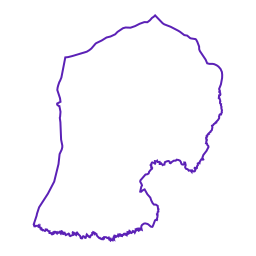 Suwannaphum, Roi Et, Thailand
{"feature_id": "78962969B41807577344670", "entity_name": "Suwannaphum", "entity_type": "district", "adm_level": 2, "iso_a3": "THA", "parent_name": "Thailand", "parent_adm1": "Roi Et", "projection": "robinson", "projection_center": [103.822, 15.606], "detail": "fine", "context": "isolated", "style": "outline", "palette": "violet", "viewbox_px": 256, "rotation_deg": 0, "n_neighbors": 0, "source": "geoboundaries", "source_scale": "gbopen_adm2", "svg_char_len": 5890}
<svg xmlns="http://www.w3.org/2000/svg" viewBox="0 0 256 256"><path d="M155.1,15.4L153.8,16.7L152.0,17.9L149.9,20.3L147.4,22.2L144.3,22.1L139.6,23.8L135.1,26.1L130.5,27.7L125.6,27.5L123.0,28.2L117.5,31.9L115.2,34.3L110.5,36.5L106.5,37.5L101.7,40.5L96.3,43.1L95.5,43.7L91.4,48.5L89.4,50.1L86.8,51.7L72.1,56.1L68.1,57.1L65.3,57.4L61.4,77.5L60.0,80.9L59.3,82.1L58.2,85.4L57.6,87.7L57.3,90.0L60.0,98.2L60.5,101.8L57.2,103.5L57.1,104.1L57.2,104.7L58.7,106.0L59.4,106.1L60.5,111.8L60.1,116.7L59.8,117.8L60.4,122.2L61.1,139.6L62.3,145.5L62.3,147.2L61.7,149.6L59.6,154.1L58.5,164.1L54.2,181.6L47.9,193.7L39.1,207.3L37.0,213.7L36.6,215.7L33.8,224.1L34.1,224.2L34.0,225.2L34.9,225.7L34.3,226.0L34.4,226.3L35.4,226.3L35.8,226.0L36.8,225.8L38.2,225.8L38.7,225.3L38.8,225.8L38.6,226.9L38.9,227.0L39.5,226.3L39.5,227.3L40.7,227.7L40.6,228.6L41.3,228.6L41.2,229.3L41.4,229.7L42.1,229.5L42.7,230.3L43.3,230.0L45.0,231.0L46.2,230.1L46.0,229.4L46.8,229.4L46.8,228.9L47.1,229.8L47.7,230.5L48.8,231.5L49.5,231.3L49.5,233.0L51.6,233.1L51.7,234.2L52.0,234.4L53.5,233.9L53.7,233.5L53.5,232.6L54.1,232.7L53.9,232.0L54.1,231.8L55.3,231.8L56.1,232.4L56.6,232.2L56.7,233.2L57.0,233.5L57.5,232.4L58.4,232.8L59.3,231.9L60.5,233.3L60.8,231.5L61.4,231.1L61.9,231.3L62.1,231.7L61.5,232.9L61.7,233.5L63.4,234.0L63.6,233.8L63.4,233.3L63.7,232.6L64.6,232.7L64.7,233.8L65.3,233.9L65.5,234.8L65.8,235.1L68.7,233.6L69.3,234.2L69.4,235.5L70.2,236.1L72.1,235.2L73.4,234.9L73.3,233.9L72.6,232.9L72.8,232.3L73.9,232.7L74.2,233.3L76.2,235.1L76.7,234.3L76.3,233.0L77.0,232.5L78.7,234.6L80.1,235.9L80.8,238.1L81.8,238.4L82.2,238.3L82.2,237.3L83.2,236.2L84.1,236.6L85.0,237.8L85.6,237.9L86.1,236.6L86.5,236.3L86.4,235.2L86.8,234.4L88.0,235.8L88.8,236.4L88.9,236.8L89.9,237.3L90.4,236.6L90.4,235.9L91.0,235.2L92.2,234.8L92.2,233.1L93.4,233.2L93.4,232.7L93.1,232.5L93.2,232.1L94.1,232.5L94.2,233.5L94.6,234.0L95.1,233.1L96.6,234.2L96.7,235.3L97.5,236.3L99.2,238.0L99.9,237.9L100.3,238.6L101.6,239.1L102.2,238.5L102.6,239.2L102.9,239.3L103.1,238.9L104.0,238.7L103.8,237.4L104.0,237.1L106.1,237.2L107.3,238.1L108.7,237.5L109.1,239.1L110.1,238.5L110.7,238.6L110.8,239.3L110.1,240.1L110.5,240.6L111.3,239.7L112.8,240.4L113.1,239.8L112.9,239.0L113.1,238.6L114.0,239.3L113.6,237.3L113.9,237.1L114.3,237.9L114.7,237.5L114.8,236.8L114.1,236.2L114.4,235.6L115.7,235.9L116.2,236.8L117.6,236.0L118.0,235.1L118.6,236.3L119.1,235.9L119.4,234.4L119.9,234.2L121.2,235.0L121.1,235.9L122.1,236.1L122.5,234.9L123.3,234.9L123.9,233.8L124.5,233.7L125.2,234.2L125.2,235.4L126.0,233.9L126.3,234.1L126.3,235.1L126.7,235.3L127.0,233.6L127.3,233.6L127.5,234.1L128.0,233.9L127.7,233.2L127.6,232.1L128.3,232.2L128.1,233.0L129.0,233.3L129.6,233.0L129.7,232.1L129.2,231.5L129.4,230.9L130.0,231.4L130.0,232.2L130.2,232.6L131.5,233.0L132.2,232.3L132.3,231.8L133.2,231.8L132.7,231.3L132.9,231.0L133.4,231.2L134.0,232.0L134.5,232.0L134.8,232.6L135.1,232.0L135.0,231.2L135.7,230.8L135.7,230.0L136.4,230.5L136.9,230.2L136.4,229.0L137.1,228.7L137.5,229.0L137.7,229.9L138.0,229.9L138.3,229.3L138.7,229.4L138.5,230.3L138.7,230.7L139.6,230.2L139.5,229.1L138.7,228.8L138.7,228.5L139.5,228.5L140.1,229.2L140.7,229.2L141.7,229.7L141.2,227.4L141.5,225.8L142.2,224.8L144.0,223.6L145.2,223.4L147.3,223.9L148.3,224.4L150.8,226.6L152.2,226.9L152.5,226.7L153.4,224.7L155.0,220.4L155.9,219.8L156.9,220.1L157.1,219.7L157.0,218.5L157.4,217.2L157.6,215.4L157.3,215.4L157.0,214.7L156.9,214.1L157.5,213.7L157.7,212.0L158.4,211.6L158.1,209.5L158.5,209.1L158.0,208.5L157.7,205.9L155.8,204.6L154.0,204.6L152.6,203.1L151.2,200.3L150.3,197.6L147.4,194.3L144.6,189.4L143.2,190.0L141.0,191.8L140.2,191.6L141.3,186.7L142.0,185.5L141.6,184.2L140.2,181.7L140.4,180.4L145.5,174.5L147.1,174.3L148.5,173.6L148.8,173.1L149.0,172.0L149.6,171.2L150.9,169.6L151.9,168.9L152.2,168.0L151.7,167.4L151.2,167.4L151.1,166.9L151.5,166.2L150.6,165.1L151.4,164.4L151.3,163.8L151.9,162.6L152.3,162.4L153.9,162.9L155.0,163.7L155.3,163.2L155.0,161.1L156.7,161.3L157.1,160.8L157.6,162.0L159.6,161.9L159.7,164.0L160.3,164.0L161.1,163.3L162.7,165.1L163.5,164.6L164.4,164.6L164.9,162.2L166.6,161.4L168.2,161.0L168.8,161.1L169.6,161.7L169.8,162.9L170.6,163.2L172.0,161.8L173.8,160.7L175.7,160.7L176.6,159.7L178.5,160.0L180.0,160.7L180.9,162.1L181.3,163.7L182.2,164.5L183.7,164.5L184.3,163.8L184.3,162.5L185.1,162.6L185.7,165.1L185.1,167.1L185.6,168.2L186.2,168.9L187.6,169.2L188.8,170.7L189.9,170.3L190.4,170.4L191.6,171.8L191.7,170.6L192.0,170.3L193.3,171.4L194.4,171.4L194.8,171.2L195.4,169.7L194.6,168.2L194.7,167.8L194.9,167.7L196.6,168.3L196.9,168.1L197.0,166.2L197.9,165.2L197.7,163.5L198.6,163.0L199.5,163.3L199.8,161.6L201.5,159.1L201.9,159.1L202.9,159.7L203.3,159.5L202.4,157.6L203.4,154.9L206.5,150.9L208.5,147.0L208.3,146.0L207.3,144.9L207.0,143.6L206.0,143.3L206.3,142.3L206.3,141.0L206.7,140.7L206.9,139.8L206.1,138.9L206.4,138.4L206.2,137.9L206.5,137.6L206.3,137.4L206.8,136.7L206.7,136.4L207.1,136.1L206.9,135.8L207.3,135.6L207.4,135.0L207.7,134.6L208.1,134.4L207.9,134.3L208.3,133.8L210.2,132.0L210.4,132.0L210.5,131.5L211.8,130.2L212.4,127.4L212.0,125.7L213.1,125.2L213.9,124.0L214.6,123.7L214.9,123.3L216.0,122.7L215.7,122.4L218.0,120.0L219.1,118.3L219.2,117.1L219.0,116.7L219.5,115.3L219.4,115.1L220.1,114.3L221.0,114.5L221.3,113.9L221.2,113.5L221.9,112.4L221.7,111.2L222.0,110.2L221.4,108.6L221.5,107.7L221.3,107.3L221.5,106.8L220.9,105.4L221.1,104.1L220.6,103.9L220.1,103.3L220.0,101.8L220.3,101.4L220.1,100.0L219.7,99.4L219.6,98.4L218.8,98.1L219.1,95.3L220.1,95.2L220.4,94.5L220.2,93.0L219.3,92.2L219.3,91.5L219.9,91.3L219.9,90.9L219.1,89.0L220.9,84.4L222.1,78.0L222.2,74.9L221.9,72.0L220.5,68.9L218.5,66.6L216.7,65.3L214.3,64.2L212.8,63.9L209.5,63.9L207.2,63.3L205.6,59.6L199.9,51.1L199.2,49.3L199.1,46.5L197.3,41.8L196.1,39.6L195.5,39.1L190.9,38.4L190.0,38.0L187.2,35.6L184.3,35.1L180.0,31.8L178.2,30.7L170.7,26.8L164.2,24.3L162.6,23.2L155.1,15.4Z" fill="none" stroke="#5b21b6" stroke-width="2"/></svg>